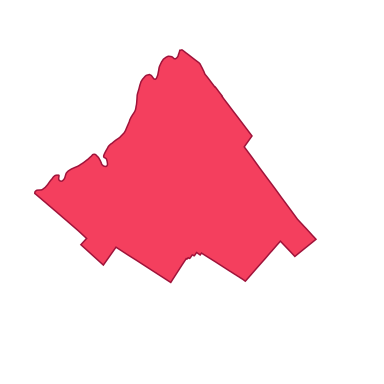 the district of Perieti, Ialomita, Romania, rotated 125°
{"feature_id": "2599482B58412168302533", "entity_name": "Perieti", "entity_type": "district", "adm_level": 2, "iso_a3": "ROU", "parent_name": "Romania", "parent_adm1": "Ialomita", "projection": "natural_earth1", "projection_center": [27.247, 44.595], "detail": "fine", "context": "isolated", "style": "filled", "palette": "rose", "viewbox_px": 384, "rotation_deg": 125, "n_neighbors": 0, "source": "geoboundaries", "source_scale": "gbopen_adm2", "svg_char_len": 4503}
<svg xmlns="http://www.w3.org/2000/svg" viewBox="0 0 384 384"><g transform="rotate(125 192 192)"><path d="M126.5,297.0L128.0,297.2L129.9,297.1L131.1,297.0L132.6,296.5L134.3,296.0L135.9,295.4L137.7,294.7L140.7,293.7L142.5,293.1L144.0,292.5L145.5,291.6L147.6,290.3L150.3,288.7L152.1,287.7L153.7,287.0L154.4,286.7L155.1,286.3L155.9,286.0L156.7,285.6L157.8,285.3L158.9,285.1L159.7,285.0L160.7,285.0L161.4,284.9L162.2,285.0L163.6,284.9L165.0,284.8L165.7,284.8L166.7,284.6L168.1,284.4L169.0,284.2L169.5,284.0L170.0,283.8L170.3,283.7L172.8,283.2L175.3,282.7L177.7,282.2L180.0,281.7L181.2,281.6L182.4,281.5L183.4,281.7L184.4,281.8L186.7,282.2L188.9,282.5L189.6,282.8L190.3,283.0L191.5,283.5L192.8,284.0L193.3,284.2L193.9,284.4L194.4,284.5L194.9,284.7L196.5,285.1L198.1,285.5L198.4,285.7L198.8,285.8L199.1,286.0L199.5,286.1L200.9,286.4L202.1,286.6L203.2,286.6L204.2,286.4L205.6,286.3L206.3,286.2L207.0,286.2L207.6,286.1L208.1,286.1L208.7,286.0L209.2,285.9L210.1,285.8L211.1,285.6L212.1,285.4L212.7,285.2L213.2,285.0L213.7,284.6L214.0,284.2L214.1,283.7L214.0,283.1L213.9,282.4L213.9,281.6L214.0,281.2L214.2,280.9L214.8,280.0L215.4,279.3L216.0,278.7L216.8,277.9L217.5,277.3L218.3,276.8L219.2,276.7L220.0,276.8L220.5,277.2L220.8,277.8L221.0,278.2L221.2,278.6L221.4,279.3L221.4,280.0L221.3,280.7L221.3,281.1L221.1,281.6L221.0,282.0L220.6,282.5L220.2,283.0L219.8,283.7L219.1,284.8L218.6,285.8L218.3,286.5L217.7,287.6L217.4,288.5L217.1,289.6L217.0,290.7L216.7,291.9L216.7,292.6L216.9,293.3L217.3,293.9L217.8,294.4L218.4,294.8L219.4,294.9L220.5,295.0L221.5,295.3L223.4,295.7L224.3,295.9L224.8,296.0L225.4,296.2L226.2,296.5L226.9,296.7L227.9,297.0L228.9,297.3L229.8,297.6L230.7,297.9L231.3,298.2L232.5,298.6L233.0,298.9L233.7,299.2L234.5,299.4L235.0,299.6L235.4,299.9L235.8,300.0L236.3,300.3L236.7,300.5L237.0,300.7L237.2,300.8L237.5,301.0L238.4,301.6L240.2,302.7L242.2,303.9L243.5,304.5L245.7,305.4L246.6,305.6L247.5,305.7L248.5,305.8L249.2,305.7L250.2,305.4L252.0,304.8L253.2,304.4L254.1,304.2L255.1,304.2L256.2,304.3L257.0,304.5L257.8,304.9L258.3,305.5L258.6,306.3L258.5,307.3L258.4,308.0L257.9,308.6L257.3,309.0L256.0,309.7L255.2,310.1L254.7,310.5L254.7,310.9L255.0,311.3L255.7,312.4L256.5,313.2L257.0,313.6L257.7,313.8L258.7,314.1L259.5,314.2L260.5,314.2L261.6,314.2L263.1,314.4L264.8,314.5L266.4,314.5L268.9,314.5L269.8,314.6L272.5,314.9L273.4,315.2L274.9,315.7L275.8,316.0L276.6,316.5L277.2,317.2L277.9,318.1L278.6,319.0L279.4,320.0L280.1,320.4L281.3,320.7L281.9,320.7L282.4,320.6L282.9,320.1L283.4,319.9L283.4,319.2L286.4,288.1L288.9,263.4L290.5,251.7L298.9,252.8L302.7,222.7L280.8,222.6L280.3,208.2L279.8,198.2L279.1,178.7L278.3,157.5L278.1,157.5L276.3,157.6L268.4,157.9L258.0,158.3L249.9,158.5L249.9,157.7L249.7,157.6L248.9,157.5L248.2,157.5L248.0,157.4L248.0,156.8L247.9,156.3L247.9,156.1L247.8,155.9L247.7,155.9L247.2,155.7L243.4,155.7L243.2,155.4L243.1,154.6L243.1,153.7L242.8,153.5L239.0,153.5L238.9,153.5L238.9,149.2L236.6,149.2L236.0,137.3L235.8,133.5L235.3,120.3L235.2,117.6L234.4,99.8L234.5,97.2L233.3,97.0L216.4,95.2L204.1,93.8L197.7,93.2L195.9,93.0L195.0,92.9L194.6,92.8L193.7,92.7L193.2,92.7L192.6,92.6L191.7,92.5L186.8,92.0L181.6,91.4L184.6,76.4L185.8,70.8L179.8,69.1L173.9,67.4L161.8,63.9L160.0,63.4L159.6,63.3L158.5,68.5L156.4,77.8L155.9,80.4L153.8,90.1L152.9,92.7L148.6,105.4L145.0,116.2L143.6,120.2L141.5,126.3L137.2,139.3L133.3,151.0L129.1,163.0L125.1,175.1L111.7,175.0L104.3,197.9L102.4,204.0L99.8,212.0L99.4,213.2L98.8,215.2L97.3,219.9L96.9,220.9L96.9,221.1L96.4,222.4L96.1,222.3L95.9,222.9L94.3,228.0L93.0,231.9L92.6,233.4L92.9,233.5L91.4,238.2L89.5,244.0L88.9,246.0L88.4,247.8L88.3,248.3L88.2,248.7L88.0,249.0L87.9,249.3L87.5,249.9L87.1,250.5L86.3,251.7L85.8,252.7L85.5,253.2L84.7,254.6L83.9,256.2L83.1,257.7L82.7,258.5L82.4,259.0L82.4,259.3L82.3,259.7L82.2,260.0L82.1,260.9L82.1,261.5L82.0,264.8L81.7,271.2L81.6,273.0L81.5,275.5L81.5,276.6L81.4,278.0L81.3,280.3L81.3,281.2L81.3,281.4L81.3,281.6L81.4,281.8L81.9,282.3L82.5,282.7L82.6,282.9L82.9,283.3L84.1,282.8L86.5,282.1L87.6,281.8L88.6,281.4L89.8,281.3L91.2,281.5L92.3,281.9L93.0,283.0L92.9,284.1L92.7,285.5L92.9,286.5L93.8,288.3L94.4,289.3L95.0,289.7L96.4,290.5L97.5,290.9L99.0,291.4L99.7,291.6L100.5,291.6L101.3,291.5L102.5,291.6L103.5,291.4L104.4,291.3L106.0,291.0L107.7,290.7L109.2,290.2L111.0,289.3L115.9,287.1L119.5,286.3L120.8,286.8L121.2,288.2L119.9,292.1L120.2,294.3L121.0,294.9L121.4,295.3L122.1,295.9L122.8,296.4L123.2,296.5L124.3,296.8L125.3,296.9L126.5,297.0Z" fill="#f43f5e" stroke="#9f1239" stroke-width="1.5"/></g></svg>